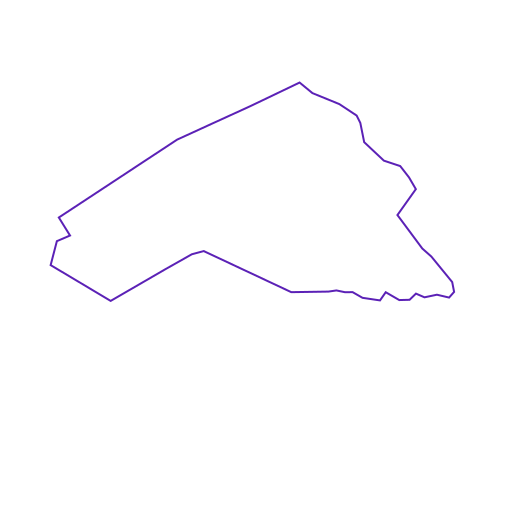 outline of Lagoa d'Anta, Rio Grande do Norte, Brazil, rotated 143°
{"feature_id": "56859067B71125649777264", "entity_name": "Lagoa d'Anta", "entity_type": "district", "adm_level": 2, "iso_a3": "BRA", "parent_name": "Brazil", "parent_adm1": "Rio Grande do Norte", "projection": "orthographic", "projection_center": [-35.638, -6.37], "detail": "fine", "context": "isolated", "style": "outline", "palette": "violet", "viewbox_px": 512, "rotation_deg": 143, "n_neighbors": 0, "source": "geoboundaries", "source_scale": "gbopen_adm2", "svg_char_len": 675}
<svg xmlns="http://www.w3.org/2000/svg" viewBox="0 0 512 512"><g transform="rotate(143 256 256)"><path d="M183.7,145.9L174.2,149.0L168.1,134.6L159.7,128.6L150.9,129.7L146.3,121.6L134.8,116.2L126.8,106.6L119.4,108.1L115.0,117.1L116.3,150.1L118.7,161.9L118.4,203.6L88.1,213.2L86.5,226.7L86.7,241.0L96.5,255.2L101.1,281.8L92.6,299.5L91.1,307.6L98.0,327.1L112.9,352.1L116.8,368.3L170.4,379.1L212.5,388.4L248.9,396.4L291.3,399.1L324.6,401.2L390.3,405.4L392.2,384.3L406.1,387.7L425.5,372.3L399.1,307.6L336.4,300.0L306.2,296.0L294.8,291.4L249.6,205.9L219.6,184.0L212.5,180.1L206.7,173.5L200.6,169.0L196.1,158.5L183.7,145.9Z" fill="none" stroke="#5b21b6" stroke-width="2"/></g></svg>